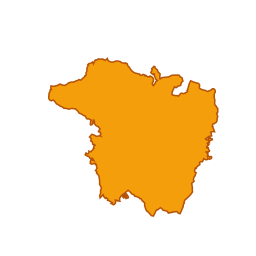 outline of Feldru, Bistrita-Nasaud, Romania, rotated 298°
{"feature_id": "2599482B57899759192665", "entity_name": "Feldru", "entity_type": "district", "adm_level": 2, "iso_a3": "ROU", "parent_name": "Romania", "parent_adm1": "Bistrita-Nasaud", "projection": "robinson", "projection_center": [24.581, 47.301], "detail": "fine", "context": "isolated", "style": "filled", "palette": "amber", "viewbox_px": 256, "rotation_deg": 298, "n_neighbors": 0, "source": "geoboundaries", "source_scale": "gbopen_adm2", "svg_char_len": 5903}
<svg xmlns="http://www.w3.org/2000/svg" viewBox="0 0 256 256"><g transform="rotate(298 128 128)"><path d="M180.2,202.0L182.4,199.4L182.7,199.3L183.3,199.9L184.7,199.6L186.3,198.5L187.3,198.2L187.9,196.5L188.7,195.8L189.0,194.3L190.3,193.0L193.2,191.7L194.7,190.5L195.2,189.8L198.7,188.2L199.6,188.0L200.1,188.3L201.5,187.8L202.5,186.8L202.8,185.9L202.8,185.0L202.2,184.0L201.4,183.9L200.0,183.2L199.3,182.3L197.7,181.5L197.4,177.9L196.8,176.7L196.5,173.1L196.9,172.2L199.7,171.0L200.5,169.4L199.4,164.9L199.1,161.1L195.5,161.3L190.1,162.6L188.7,162.6L188.4,163.3L187.0,163.0L186.1,162.0L185.2,161.9L184.3,160.6L183.9,158.9L183.4,158.4L179.6,157.4L179.7,156.2L178.5,153.9L178.6,153.3L177.9,151.7L178.5,151.0L180.6,150.1L186.2,149.7L186.1,151.4L187.0,152.1L188.1,152.2L190.3,154.5L193.2,153.8L195.2,154.5L197.8,152.0L197.7,149.9L198.6,148.5L198.2,147.2L195.3,142.1L192.1,139.8L188.5,134.4L186.3,133.3L186.6,132.8L191.0,130.8L191.5,128.3L193.0,126.8L193.7,123.9L194.8,123.0L194.5,121.8L192.9,121.6L191.5,121.0L190.7,122.1L187.7,122.1L187.2,123.2L187.0,125.1L188.0,125.3L188.0,125.9L187.5,125.9L184.7,128.8L184.2,129.5L183.8,131.7L182.0,130.7L179.9,131.0L177.3,130.4L178.6,128.5L180.5,128.5L182.6,127.9L184.0,126.4L184.4,124.5L184.2,123.1L183.6,123.2L182.6,121.6L182.5,118.9L182.0,118.6L182.3,118.1L182.7,118.4L182.5,116.4L182.0,115.8L181.3,115.8L180.3,114.3L181.1,113.1L179.8,108.2L180.0,105.3L181.3,102.1L182.3,100.7L182.6,99.1L184.5,96.9L183.8,95.7L184.3,95.2L183.5,94.1L182.7,92.1L183.0,89.9L182.3,87.3L181.1,85.4L179.6,84.5L178.3,82.2L178.0,79.1L179.7,77.1L177.1,76.2L177.1,74.5L176.7,74.1L177.1,73.7L176.9,72.9L175.6,71.0L175.4,70.0L174.9,69.2L174.4,69.2L173.5,68.6L173.2,67.7L172.2,67.1L168.4,67.4L169.7,65.8L168.0,64.9L166.4,63.2L165.2,62.8L165.0,63.5L164.3,63.3L161.1,63.8L159.2,64.9L156.8,65.1L155.2,66.2L154.1,65.5L153.9,65.8L153.0,65.6L148.1,63.8L147.7,61.9L146.6,61.5L145.2,59.9L144.4,59.6L143.3,58.4L142.7,58.2L142.3,57.0L141.2,55.4L140.2,55.0L139.9,54.3L139.3,54.0L138.7,53.9L136.1,52.4L135.0,49.8L135.2,49.1L134.8,48.1L134.9,47.2L132.2,45.6L131.8,44.8L130.5,43.7L129.4,41.7L129.2,40.7L128.8,40.2L126.3,41.5L126.2,42.1L125.5,41.7L125.0,41.9L124.8,41.5L124.0,42.0L121.9,41.9L117.8,43.6L116.5,44.7L115.8,46.1L116.1,47.6L117.6,48.7L117.2,50.6L115.8,53.4L115.7,56.9L115.4,57.8L115.8,59.9L115.3,62.2L116.2,63.9L116.8,66.8L118.6,68.8L119.8,71.4L120.2,73.3L119.9,73.4L119.6,75.1L118.2,77.9L118.5,80.9L118.2,82.8L118.5,84.7L117.2,86.4L116.8,87.7L117.7,89.2L117.5,91.0L117.8,92.1L116.8,91.9L115.3,92.2L113.3,93.2L113.2,93.8L113.9,94.5L115.2,94.8L117.0,94.1L118.9,94.2L118.2,95.2L116.2,96.1L115.1,98.6L115.2,101.1L114.0,103.8L111.1,103.5L110.8,103.8L111.2,104.6L110.9,105.5L111.1,105.8L110.3,106.2L110.0,106.8L108.6,106.7L108.1,107.8L107.9,106.9L105.8,103.9L105.9,101.5L105.5,99.1L102.0,98.2L101.2,100.8L99.1,101.0L99.0,102.9L97.0,104.6L97.1,105.7L97.7,105.9L97.7,106.3L97.2,107.0L96.3,106.5L95.7,106.5L95.2,106.8L93.9,106.9L93.8,107.5L89.6,106.4L89.2,104.3L88.6,104.9L86.5,104.9L86.0,104.0L86.3,102.7L84.3,102.7L84.1,103.2L84.2,105.9L84.5,106.9L83.3,108.9L83.3,109.7L84.4,110.1L84.5,111.0L83.2,113.1L82.9,110.6L82.2,110.2L80.5,110.5L80.2,111.1L79.0,111.3L79.0,112.9L81.3,115.4L81.5,115.9L80.8,116.0L80.4,116.4L80.7,117.5L79.6,118.0L77.9,119.6L75.1,119.3L75.0,120.3L74.1,121.4L73.5,121.3L72.4,124.2L71.3,125.4L67.2,128.3L65.0,129.2L63.6,131.4L62.4,132.7L61.7,133.0L60.3,132.9L57.9,134.3L54.9,134.8L53.2,136.2L57.5,137.3L57.3,137.8L56.4,137.8L56.2,138.8L55.4,140.2L55.3,141.4L56.2,141.5L55.9,142.0L55.9,143.5L54.5,143.9L55.0,145.6L54.7,146.8L54.7,149.2L53.4,148.6L53.5,150.3L53.3,151.1L54.2,151.8L55.5,152.2L56.8,151.8L58.5,150.7L59.0,152.3L58.6,152.6L59.6,155.2L60.1,154.6L62.1,153.6L64.9,153.8L65.7,154.2L64.6,156.0L64.4,156.8L65.3,156.6L65.7,155.6L65.9,154.3L67.1,154.8L65.9,156.7L66.3,156.9L67.3,156.2L67.3,155.0L67.7,155.0L68.7,155.6L68.6,156.2L67.5,157.5L65.8,157.2L65.1,158.0L65.4,158.3L66.5,158.0L67.1,158.2L66.8,158.8L65.3,158.8L64.8,159.4L66.5,161.0L67.1,160.9L67.9,159.8L68.9,157.9L69.4,155.9L73.1,157.3L72.0,161.5L71.6,162.0L71.8,165.0L71.1,165.5L70.9,166.4L71.4,167.0L71.7,169.8L71.2,171.8L71.7,172.6L70.3,174.9L70.5,175.7L70.0,176.3L69.6,178.1L67.5,178.9L64.5,181.9L63.4,183.6L63.5,184.7L61.6,189.7L62.2,191.8L69.0,191.6L69.4,192.4L72.9,194.1L72.7,194.6L72.8,195.4L71.8,197.7L72.4,199.2L72.8,201.5L72.5,202.5L71.8,203.5L72.1,204.1L72.6,204.1L72.7,204.7L74.0,206.1L74.1,206.7L75.3,207.2L75.7,208.4L77.2,210.3L76.4,212.5L76.8,214.2L84.6,213.6L86.0,212.9L88.2,212.9L88.2,212.6L89.4,212.2L90.7,212.1L92.1,212.2L92.6,212.7L98.2,214.5L101.8,215.0L103.9,213.6L105.2,213.1L109.1,210.2L111.9,211.4L113.2,210.0L115.4,209.3L117.4,209.7L118.4,209.2L120.4,209.3L120.4,208.4L121.0,207.1L123.8,206.3L124.3,206.3L124.5,207.3L125.6,207.0L127.6,207.6L129.4,208.6L130.1,208.3L130.3,207.8L131.6,207.4L132.6,208.3L133.2,209.6L136.5,209.3L136.4,211.5L137.5,212.9L138.5,212.8L138.6,214.6L139.1,214.7L139.8,215.7L141.1,215.8L141.7,215.4L141.9,214.8L140.7,213.3L140.7,212.6L141.0,212.3L141.0,211.9L140.1,211.9L140.0,211.7L140.2,211.3L141.4,211.4L141.4,211.2L142.4,210.8L143.1,209.5L143.5,209.3L143.6,209.1L143.3,209.1L143.4,208.3L143.7,208.2L143.9,208.9L143.7,210.2L144.5,209.8L145.6,210.8L146.3,210.6L146.6,209.7L148.3,208.0L148.2,207.6L147.6,207.5L147.4,207.1L147.9,206.4L149.0,206.3L149.6,206.7L150.3,206.6L150.6,207.1L151.1,206.8L151.8,207.1L151.7,206.6L151.4,206.4L151.3,205.6L151.6,205.2L153.1,205.8L153.5,206.6L154.6,205.5L155.1,206.3L156.2,207.1L156.7,207.1L157.3,208.0L157.8,207.6L157.7,206.5L157.9,205.3L157.5,205.2L157.6,204.4L156.3,204.0L155.9,204.1L155.4,204.8L155.0,204.6L154.6,203.5L154.5,202.1L154.7,201.6L156.3,202.2L157.0,202.9L158.2,203.0L160.3,205.6L162.6,203.7L162.9,203.1L163.4,203.1L164.6,204.5L165.3,206.2L167.3,204.1L167.6,203.4L169.0,202.4L168.8,201.8L171.2,201.0L172.4,202.1L174.7,203.3L176.5,203.1L178.8,202.0L180.2,202.0Z" fill="#f59e0b" stroke="#b45309" stroke-width="1.5"/></g></svg>